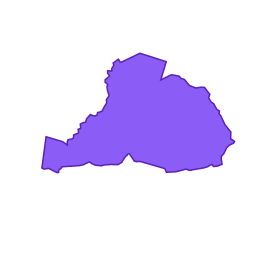 outline of Ombúes de Lavalle, Colonia, Uruguay, rotated 159°
{"feature_id": "84410073B82922235042085", "entity_name": "Ombúes de Lavalle", "entity_type": "district", "adm_level": 2, "iso_a3": "URY", "parent_name": "Uruguay", "parent_adm1": "Colonia", "projection": "robinson", "projection_center": [-57.747, -33.963], "detail": "fine", "context": "isolated", "style": "filled", "palette": "violet", "viewbox_px": 256, "rotation_deg": 159, "n_neighbors": 0, "source": "geoboundaries", "source_scale": "gbopen_adm2", "svg_char_len": 3044}
<svg xmlns="http://www.w3.org/2000/svg" viewBox="0 0 256 256"><g transform="rotate(159 128 128)"><path d="M222.7,121.6L222.5,121.4L222.2,121.0L222.1,120.8L221.9,120.5L221.7,120.2L221.4,119.9L221.2,119.9L220.8,119.7L220.5,119.6L220.2,119.5L219.8,119.4L219.4,119.4L219.1,119.3L218.7,119.2L218.3,119.1L217.8,119.0L217.2,118.9L216.9,118.8L216.7,118.7L216.4,118.5L216.1,118.2L215.7,117.8L215.2,117.2L214.9,116.9L214.6,116.6L214.2,116.1L213.6,115.4L213.1,114.8L212.4,114.1L211.9,113.5L211.8,113.4L211.7,113.5L211.5,113.3L211.2,112.9L210.7,112.4L210.2,111.7L209.9,111.7L209.7,111.8L209.4,111.7L209.1,111.5L209.0,111.4L208.7,111.4L208.7,111.5L208.5,112.0L208.3,112.3L208.2,112.7L208.2,112.8L207.9,113.1L207.5,113.4L207.2,113.7L207.0,113.8L206.9,113.9L206.7,113.9L206.2,114.0L205.5,114.0L205.2,114.1L204.9,114.3L204.5,114.6L204.2,114.8L204.0,115.0L203.9,115.1L203.9,115.4L203.6,115.4L203.2,115.3L202.5,115.1L196.2,113.2L194.4,112.6L191.8,111.8L186.5,110.2L186.3,110.2L185.7,110.1L185.3,110.1L185.1,110.0L184.7,110.0L184.1,109.9L183.4,109.8L183.1,109.8L182.9,109.7L182.6,109.7L182.0,109.7L181.3,109.8L180.6,109.9L180.2,109.9L179.7,110.0L179.3,110.0L178.8,110.0L178.5,110.1L178.2,110.1L177.9,110.1L177.6,110.1L176.6,110.2L176.3,110.2L176.2,110.2L175.7,109.5L175.1,108.5L174.6,107.7L174.4,107.5L174.3,107.4L173.8,106.9L173.3,106.4L173.0,106.2L172.8,106.0L172.2,105.4L171.5,104.8L166.3,102.2L163.1,102.0L161.4,101.4L158.0,100.3L156.1,99.8L154.4,98.9L150.3,97.4L148.9,97.7L147.1,98.0L145.9,98.3L144.8,99.3L140.3,102.4L138.7,102.8L137.3,103.9L136.0,103.5L135.1,99.7L134.8,98.8L134.0,94.8L132.5,93.9L132.4,93.8L132.4,93.6L130.2,93.0L129.7,92.8L129.3,92.7L129.1,92.6L129.0,92.4L128.9,92.3L128.8,92.2L128.7,92.2L128.4,92.2L128.2,92.1L124.3,89.1L113.9,81.3L108.2,76.9L108.0,72.8L105.1,72.0L99.7,70.2L98.5,69.9L93.2,69.3L92.2,69.2L88.7,68.9L87.1,67.7L86.3,66.7L84.8,66.0L82.9,65.9L80.8,65.5L74.7,64.2L70.9,63.5L67.3,63.3L65.7,63.7L62.8,64.0L62.0,61.5L60.9,61.1L57.8,60.3L54.3,60.5L53.3,60.3L52.5,63.3L52.1,65.0L52.1,65.3L51.4,67.3L50.7,68.2L49.8,68.7L47.9,69.6L46.1,71.2L43.5,73.8L43.1,74.2L42.5,74.4L41.5,74.8L39.7,75.5L39.0,75.7L38.1,75.8L34.9,76.0L33.3,77.3L36.0,81.3L33.4,87.4L36.3,96.4L37.0,106.3L37.9,108.7L36.6,111.1L38.4,113.6L39.3,120.0L41.1,122.6L41.9,127.5L39.6,130.0L42.0,138.5L45.4,140.0L50.3,141.0L55.5,145.8L57.9,153.1L60.7,155.3L61.7,158.1L68.4,162.2L80.2,161.1L68.5,176.2L90.1,193.5L105.0,192.3L110.5,191.9L111.7,192.3L112.3,195.7L113.0,195.6L116.0,194.6L118.6,194.0L118.8,191.5L120.6,190.4L122.0,189.1L122.7,187.1L125.1,188.1L126.5,188.7L127.4,186.3L126.5,183.2L132.1,181.2L133.0,178.7L132.1,177.7L131.4,175.8L132.9,174.1L133.8,169.7L134.0,164.9L138.0,162.3L139.0,158.9L142.1,156.7L146.1,153.1L148.7,153.0L150.8,153.4L152.5,151.0L155.6,151.4L158.3,154.1L163.3,151.5L165.5,148.6L168.3,149.1L171.2,148.7L172.0,145.6L172.5,144.5L175.1,144.7L175.5,142.4L176.3,140.9L179.6,141.1L181.2,141.0L182.5,138.3L184.0,137.8L188.1,138.6L189.7,136.8L190.7,133.9L194.2,138.9L207.6,149.2L222.7,121.6Z" fill="#8b5cf6" stroke="#5b21b6" stroke-width="1.5"/></g></svg>